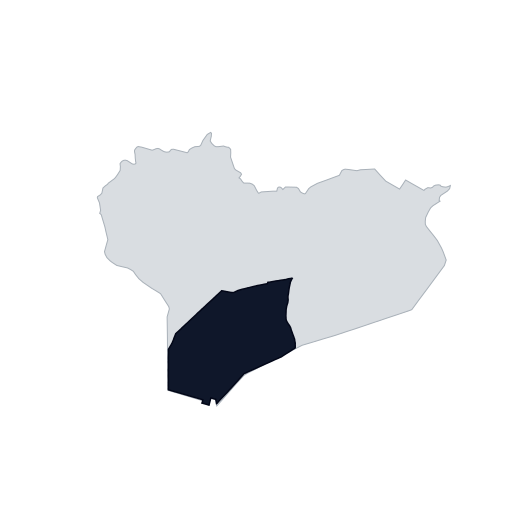 Al-Rutba, Al-Anbar, Iraq shown in context, rotated 301°
{"feature_id": "34846034B71122492404189", "entity_name": "Al-Rutba", "entity_type": "district", "adm_level": 2, "iso_a3": "IRQ", "parent_name": "Iraq", "parent_adm1": "Al-Anbar", "projection": "natural_earth1", "projection_center": [41.592, 32.564], "detail": "fine", "context": "in_parent", "style": "filled", "palette": "ink", "viewbox_px": 512, "rotation_deg": 301, "n_neighbors": 0, "source": "geoboundaries", "source_scale": "gbopen_adm2", "svg_char_len": 6953}
<svg xmlns="http://www.w3.org/2000/svg" viewBox="0 0 512 512"><g transform="rotate(301 256 256)"><path d="M212.0,100.1L215.1,99.3L220.9,94.5L224.2,90.0L225.3,89.6L228.3,91.1L230.5,91.5L235.5,89.8L238.5,90.7L241.0,91.8L242.4,91.9L249.1,94.7L250.8,95.1L254.3,95.4L259.4,95.5L262.8,93.7L265.1,91.9L266.7,92.0L268.3,92.4L269.7,93.2L270.8,94.5L271.4,96.4L271.2,102.4L271.7,104.0L272.7,105.1L273.8,105.3L275.2,104.0L277.7,102.1L280.7,100.1L282.9,98.1L284.2,97.4L286.2,97.5L288.2,97.9L289.3,98.8L289.3,99.1L290.4,101.9L293.2,112.5L294.7,113.8L296.4,115.0L297.7,116.5L298.1,118.1L298.0,120.6L298.1,123.4L298.8,125.6L299.9,127.2L300.8,128.1L302.2,128.2L303.8,128.6L305.0,130.2L308.6,142.3L309.0,143.8L310.5,144.3L312.9,144.1L315.5,145.4L318.2,147.3L320.8,151.0L322.5,151.6L327.8,151.0L335.1,151.6L338.6,153.5L338.2,154.7L335.6,156.0L331.0,157.5L329.7,160.1L328.9,163.5L329.1,165.4L330.3,167.4L333.6,171.6L333.8,173.1L334.4,175.2L335.1,176.6L334.4,179.3L331.5,181.2L327.6,183.3L319.8,192.5L319.3,194.5L319.4,200.0L318.6,201.5L316.1,201.5L314.2,201.2L314.1,203.1L312.9,205.6L312.2,207.9L315.2,213.1L315.7,215.9L315.3,218.4L312.6,222.7L311.1,225.7L311.5,226.3L313.6,227.5L320.2,237.0L322.3,240.4L325.1,239.5L326.1,239.6L326.9,240.1L327.5,241.2L327.5,242.7L326.8,244.8L330.3,245.7L331.6,247.9L335.8,255.3L335.7,257.6L333.8,261.1L333.8,263.4L334.2,265.5L334.9,266.2L340.9,266.5L343.5,267.4L349.9,271.2L357.1,277.1L363.0,281.8L368.1,285.9L373.4,285.6L374.9,286.4L376.3,287.6L377.9,291.0L381.1,298.6L383.7,301.1L387.8,307.2L391.7,312.9L389.3,320.6L387.0,328.7L387.2,339.1L387.3,344.6L392.4,344.9L398.2,345.1L398.3,351.8L398.5,358.5L398.7,366.2L400.3,366.5L403.1,368.1L404.2,370.6L405.7,371.9L407.4,372.2L409.2,373.4L410.9,375.6L411.6,377.3L411.1,378.4L411.5,380.4L412.8,383.3L414.2,384.7L416.5,386.3L413.5,387.3L410.2,386.6L403.1,383.2L400.8,383.1L397.9,384.4L397.8,385.5L390.3,381.8L387.6,381.0L386.7,380.9L382.4,381.0L376.4,381.6L372.9,383.2L370.4,384.8L369.3,386.4L368.9,387.2L367.1,391.9L364.9,397.9L362.7,403.4L358.3,411.0L355.8,414.5L350.5,421.1L344.8,422.4L331.3,421.1L316.4,419.7L301.6,418.2L290.5,417.2L289.7,416.8L278.7,407.5L270.1,400.1L259.3,390.9L248.2,381.5L237.1,371.9L229.0,365.0L219.2,356.0L210.2,347.9L203.2,341.5L194.2,335.9L187.1,331.5L176.9,325.1L168.7,320.0L161.7,315.6L150.9,308.9L147.3,307.1L136.1,304.8L125.5,302.9L114.6,301.0L107.3,299.6L112.1,294.9L110.7,290.6L107.2,291.4L103.9,292.4L102.0,285.7L104.5,284.9L102.3,276.1L100.0,267.2L97.8,258.5L95.5,249.6L104.8,244.0L111.7,239.7L121.4,233.8L130.7,228.0L139.6,222.6L149.3,216.6L158.0,211.2L166.0,209.0L167.7,207.3L171.3,200.0L174.5,193.7L174.6,192.2L174.6,183.4L175.2,172.9L176.2,167.3L178.0,162.4L179.7,158.8L179.8,155.5L179.6,152.0L177.9,146.9L176.2,141.5L176.4,136.3L176.7,133.5L177.8,129.1L179.7,125.9L181.7,123.9L189.2,121.8L193.7,120.6L199.6,114.8L203.2,111.4L208.1,106.0L211.7,102.1L212.0,100.7L212.0,100.1Z" fill="#d9dde1" stroke="#a8b0b8" stroke-width="1"/><path d="M239.6,279.7L238.8,279.9L238.1,280.0L237.5,279.3L237.0,278.7L236.4,278.0L235.5,277.0L234.7,276.2L234.0,275.4L233.3,274.6L232.8,274.1L232.3,273.5L232.0,273.1L231.3,272.3L230.7,271.7L230.0,271.1L229.2,270.2L228.7,269.7L228.1,269.1L227.4,268.4L226.7,267.7L226.2,267.2L225.5,266.6L224.9,265.9L224.5,265.4L224.3,265.2L223.6,264.6L222.7,263.7L221.7,262.7L221.0,261.9L220.0,260.9L219.5,260.4L219.3,260.3L218.5,259.5L217.8,258.9L216.9,258.1L215.9,257.5L214.9,256.8L214.1,256.3L213.6,256.0L213.2,255.7L212.8,255.0L212.3,254.2L212.0,253.5L211.6,252.7L211.4,252.1L211.1,251.3L210.8,250.5L210.5,249.6L210.1,248.7L209.8,247.7L209.4,246.8L209.1,245.8L208.6,244.7L208.5,244.4L207.6,244.3L206.4,243.9L205.0,243.5L203.5,243.1L202.6,242.8L201.7,242.5L200.0,242.1L198.5,241.6L196.9,241.2L195.2,240.7L193.9,240.3L192.5,239.9L191.2,239.5L189.9,239.1L188.8,238.8L187.7,238.5L186.4,238.2L185.3,237.8L184.0,237.5L182.8,237.0L181.8,236.8L180.4,236.4L179.2,236.1L177.9,235.6L176.4,235.2L175.5,235.0L174.5,234.8L173.6,234.5L172.2,234.1L171.1,233.8L170.2,233.5L169.4,233.3L168.4,233.0L167.2,232.7L165.9,232.3L164.3,231.9L162.9,231.5L161.4,231.0L159.9,230.6L158.5,230.2L157.2,229.8L156.2,229.5L155.0,229.3L154.1,229.0L153.1,228.7L152.0,228.4L151.0,228.1L149.5,227.6L148.6,227.4L148.1,227.2L147.1,227.4L146.0,227.6L145.9,227.6L144.7,227.8L143.9,227.9L142.9,228.1L141.3,228.5L140.0,228.6L138.5,228.9L137.5,228.9L136.2,229.0L135.2,229.0L134.2,229.0L132.8,229.0L131.3,229.0L131.1,229.0L130.6,229.2L127.9,230.9L126.1,231.9L123.6,233.3L122.6,233.9L121.0,234.9L120.2,235.3L119.6,235.7L118.4,236.5L116.7,237.5L114.7,238.7L113.3,239.4L111.9,240.3L110.8,241.0L109.6,241.7L108.2,242.5L105.8,244.0L103.7,245.3L101.9,246.3L101.2,246.8L100.4,247.2L98.2,248.6L96.7,249.4L96.2,249.9L96.6,251.3L97.8,256.0L98.5,258.4L99.8,263.4L100.1,264.5L100.7,266.7L101.8,271.0L102.6,273.8L102.7,274.4L102.8,274.7L102.8,274.8L103.4,276.8L105.4,284.5L104.5,284.8L103.9,285.0L102.8,285.3L102.1,285.4L102.5,286.8L103.0,288.4L103.3,289.8L103.7,291.3L103.9,292.1L104.0,292.5L106.7,291.7L107.9,291.3L109.4,290.9L110.6,290.5L111.1,290.4L112.4,295.3L111.4,296.3L110.6,297.1L109.8,297.7L109.2,298.2L109.7,298.5L111.7,298.8L114.7,299.4L117.8,300.1L119.6,300.5L124.1,301.5L127.9,302.2L128.2,302.3L130.0,302.7L130.6,302.8L133.2,303.3L137.8,304.2L140.2,304.7L140.4,304.7L145.1,305.6L147.8,306.1L149.0,306.3L150.6,307.5L152.7,308.8L154.5,310.1L157.2,312.0L159.8,313.8L163.2,316.1L165.6,317.8L168.4,319.7L171.2,321.7L174.5,324.0L176.8,325.5L179.5,327.5L181.3,328.7L182.5,329.6L183.8,330.2L187.7,332.1L190.0,333.3L191.8,334.2L193.7,335.1L196.1,336.3L197.4,336.9L198.2,336.5L199.2,335.9L200.6,335.0L201.4,334.6L202.2,333.9L203.4,332.8L204.1,332.3L204.7,331.8L205.1,331.2L206.4,329.7L207.1,328.8L208.2,327.4L209.0,326.5L209.7,325.6L210.0,325.2L210.8,324.2L211.3,323.7L211.8,323.2L212.3,322.6L212.5,322.4L212.9,321.7L213.4,320.9L213.6,320.5L214.1,319.4L214.4,318.6L215.0,317.5L215.4,316.8L215.8,316.0L216.0,315.7L216.4,315.3L216.6,314.9L217.0,314.6L217.6,314.1L218.7,313.4L220.0,312.5L221.0,311.9L221.7,311.6L222.3,311.2L223.1,310.8L223.8,310.4L224.5,310.0L225.4,309.5L226.1,309.2L227.6,308.6L228.2,308.4L228.9,308.1L229.7,307.9L229.8,307.9L230.8,307.6L231.5,307.5L232.5,307.2L233.0,307.0L233.7,306.7L234.4,306.4L235.0,306.1L235.8,305.5L236.7,304.9L237.4,304.4L238.1,304.1L238.7,303.7L239.1,303.7L239.5,303.5L240.4,303.2L241.0,302.9L241.5,302.7L242.4,302.3L243.5,301.8L244.5,301.4L245.7,300.9L246.5,300.6L247.4,300.3L248.0,300.1L249.1,299.7L250.1,299.4L250.7,299.1L251.4,298.9L252.0,298.9L252.7,298.7L253.4,298.7L254.3,298.6L255.1,298.6L255.5,298.6L255.5,298.2L254.6,297.3L253.5,295.9L253.0,295.3L252.6,295.0L252.4,294.7L252.0,294.4L251.6,294.1L251.0,293.5L250.4,292.6L250.1,292.3L249.8,292.0L248.4,290.2L247.9,289.6L247.4,289.0L246.7,288.3L246.2,287.7L245.9,287.3L245.7,287.0L245.4,286.7L245.1,286.2L244.4,285.4L244.0,285.0L242.8,283.6L242.2,282.9L241.8,282.5L241.3,281.9L240.7,281.3L240.3,280.8L239.9,280.2L239.8,279.9L239.6,279.7Z" fill="#0f172a" stroke="#020617" stroke-width="1.5"/></g></svg>